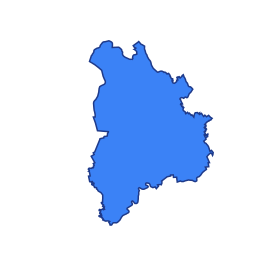 outline of Jamapa, Veracruz, Mexico, rotated 143°
{"feature_id": "50627088B37468936058188", "entity_name": "Jamapa", "entity_type": "district", "adm_level": 2, "iso_a3": "MEX", "parent_name": "Mexico", "parent_adm1": "Veracruz", "projection": "orthographic", "projection_center": [-96.25, 18.99], "detail": "fine", "context": "isolated", "style": "filled", "palette": "blue", "viewbox_px": 256, "rotation_deg": 143, "n_neighbors": 0, "source": "geoboundaries", "source_scale": "gbopen_adm2", "svg_char_len": 5656}
<svg xmlns="http://www.w3.org/2000/svg" viewBox="0 0 256 256"><g transform="rotate(143 128 128)"><path d="M107.4,210.7L108.4,210.5L109.7,209.2L110.3,208.9L112.2,208.3L112.8,207.9L113.7,207.8L118.7,204.3L116.4,198.5L115.1,193.7L114.3,189.9L116.7,184.3L117.6,180.8L117.8,179.4L118.5,178.2L119.7,177.3L120.7,177.2L124.1,177.9L125.7,178.0L127.4,176.8L129.7,174.3L133.1,171.6L136.7,170.1L138.1,170.0L139.7,169.4L140.7,168.4L143.6,163.8L144.3,162.6L145.1,160.6L146.1,158.6L147.5,156.6L149.1,157.6L150.9,151.8L154.0,144.2L145.9,136.9L146.5,136.3L147.6,136.0L149.3,134.1L151.0,134.8L151.6,135.3L152.1,135.5L152.9,135.2L153.3,134.7L156.8,136.3L157.9,135.5L169.0,128.9L170.7,129.1L171.0,127.2L174.4,127.6L175.4,120.2L177.1,120.5L177.4,118.6L178.6,118.4L178.7,117.7L179.6,117.1L179.9,117.2L180.4,117.9L181.3,117.6L183.2,119.3L184.1,119.2L184.5,118.9L184.2,117.9L184.5,117.3L185.5,117.2L185.1,116.6L187.0,112.5L188.5,113.3L190.9,108.2L190.1,107.4L190.0,107.0L189.3,107.1L188.7,106.8L188.7,106.6L189.5,106.3L189.5,106.1L188.8,105.1L189.0,105.1L188.7,104.5L188.7,103.9L189.4,103.6L189.8,103.7L189.6,105.0L190.1,105.4L190.7,105.2L191.0,104.6L190.3,103.1L190.0,101.4L190.5,100.8L190.3,100.3L189.2,99.5L189.1,99.0L189.8,98.2L189.5,97.4L189.7,95.7L189.3,94.5L188.5,92.8L188.5,89.8L190.6,86.9L191.6,85.8L193.3,83.6L193.6,83.8L193.8,84.4L194.1,84.5L194.3,84.4L194.5,83.4L194.2,81.9L193.8,81.6L193.8,81.0L195.0,81.0L195.5,80.6L194.3,79.2L194.8,78.8L195.2,79.0L195.8,78.7L195.5,77.8L195.6,77.2L196.9,77.6L197.0,78.6L198.8,78.8L199.6,80.0L200.2,80.0L200.7,79.5L200.7,79.1L199.8,78.3L200.5,77.4L200.9,77.1L201.5,77.3L201.9,77.0L202.0,76.6L201.9,76.2L201.1,75.7L201.4,74.8L202.2,74.9L202.4,74.6L202.2,74.2L201.7,73.9L201.9,73.5L202.5,73.5L202.8,74.2L203.7,75.3L204.2,75.2L204.2,74.7L203.7,73.6L202.8,72.7L203.0,71.7L202.9,71.6L202.5,71.5L202.6,70.1L203.3,70.0L203.5,69.8L203.3,69.5L202.7,69.2L202.8,68.5L202.6,68.2L201.7,66.9L200.9,66.6L200.0,65.9L199.3,65.1L198.9,64.4L200.7,64.1L200.1,64.1L200.2,61.9L200.7,61.6L200.7,61.3L199.5,60.4L197.5,61.1L196.9,61.1L196.5,61.0L194.2,59.2L193.0,59.0L190.0,59.3L186.8,60.7L184.9,61.2L182.6,60.8L181.1,60.4L180.3,60.4L178.7,60.1L178.1,60.2L177.4,60.8L177.2,61.7L177.6,63.8L177.2,64.3L176.7,64.5L171.5,64.0L170.7,64.2L170.2,64.7L169.7,66.8L169.1,67.2L168.3,67.0L168.0,66.2L167.9,63.6L166.8,62.7L165.5,62.5L164.5,63.1L162.5,65.2L160.7,67.5L159.6,68.3L159.0,69.0L157.9,70.5L156.7,71.1L156.3,72.9L155.9,73.5L155.2,73.6L154.7,73.4L153.6,70.8L152.8,70.0L152.0,69.5L148.6,68.7L147.4,68.8L147.1,69.2L147.1,70.1L147.4,70.7L148.1,71.6L147.8,72.4L147.3,73.0L146.9,73.1L146.4,73.0L145.8,72.6L144.5,71.1L144.4,69.8L145.1,68.1L145.1,67.5L144.0,65.4L141.8,64.6L141.9,62.5L138.7,63.2L138.6,64.8L137.7,64.4L136.4,63.4L135.4,63.2L135.4,62.8L134.4,63.3L132.8,65.2L132.9,65.4L126.1,65.5L122.8,64.0L122.3,64.8L120.1,63.3L121.4,61.2L118.8,59.4L121.2,55.2L118.0,54.1L117.5,53.1L116.2,52.0L114.1,51.4L110.8,50.0L110.2,49.3L108.2,47.5L107.9,47.1L107.7,46.4L106.7,44.8L106.2,44.6L105.0,44.4L104.4,44.9L103.4,46.6L102.5,46.9L102.1,46.9L100.7,46.4L100.1,46.4L98.4,46.6L95.4,47.6L92.0,47.8L90.3,47.7L90.0,48.3L89.8,50.2L86.8,48.5L84.9,52.0L83.8,51.3L82.3,57.6L80.4,58.1L78.8,58.3L76.8,58.2L76.6,56.8L77.0,55.2L76.4,55.5L74.4,57.5L74.7,57.4L74.8,59.9L76.5,60.1L74.9,64.8L74.8,66.4L75.0,67.9L74.9,68.4L75.0,68.9L75.6,70.0L75.4,71.9L72.3,72.1L72.0,73.6L69.6,73.2L69.4,74.4L68.3,74.4L67.9,75.2L71.6,75.3L71.3,76.7L69.7,76.7L69.5,78.6L69.4,79.0L68.3,78.6L67.7,78.9L68.1,79.3L67.9,79.5L67.4,79.7L66.0,79.8L65.9,80.1L66.1,81.1L66.7,81.2L66.9,82.4L66.2,82.7L65.0,82.3L64.9,83.2L64.0,83.3L64.1,84.2L64.5,84.6L63.1,85.0L61.6,85.1L61.0,85.4L59.1,84.9L59.0,85.2L58.8,85.3L58.1,84.9L56.7,84.6L56.6,84.8L55.0,85.1L55.7,86.9L56.0,89.6L58.5,89.7L58.9,92.0L60.6,91.6L60.7,92.5L60.5,95.5L62.5,95.8L61.6,97.0L63.2,97.1L63.2,98.5L65.1,99.7L66.8,99.0L68.9,97.1L69.0,100.1L69.9,100.1L70.0,102.9L70.9,102.9L71.0,104.7L73.3,104.6L73.3,105.0L72.6,106.2L73.3,108.7L72.7,110.0L71.2,110.8L71.9,111.7L71.2,112.2L72.0,113.0L71.0,114.0L71.9,114.7L72.0,115.0L71.2,115.6L70.4,115.0L70.1,115.4L69.9,115.1L69.5,117.4L69.0,119.0L69.2,119.4L69.1,119.9L68.5,120.3L67.1,120.2L65.9,119.0L65.8,118.3L65.6,118.2L63.9,118.3L63.5,118.1L63.0,117.4L62.8,116.8L62.1,116.6L61.3,116.9L58.9,118.3L58.1,118.6L56.5,118.7L52.9,120.0L53.0,121.8L53.3,123.2L54.3,124.2L54.5,125.3L53.6,128.0L53.7,129.9L53.4,131.2L52.9,132.2L52.5,134.1L52.6,134.6L51.8,137.3L53.2,137.3L53.3,136.8L56.2,136.6L56.2,137.9L57.0,137.7L57.1,138.7L58.5,139.0L59.3,136.4L60.4,136.9L60.8,136.1L61.3,135.8L63.3,135.7L64.2,135.9L65.0,137.1L64.5,139.1L63.6,138.6L63.2,139.7L62.7,140.2L62.8,140.6L63.6,140.9L63.3,143.8L63.0,143.8L62.8,145.4L62.7,145.4L62.6,145.9L62.8,146.1L62.7,147.2L64.2,147.6L64.3,147.9L64.2,148.1L64.5,148.3L64.4,148.9L64.5,149.7L65.0,150.5L65.8,150.7L65.8,151.3L66.7,153.0L68.0,153.9L70.5,154.5L70.8,154.8L71.0,155.4L71.8,159.7L71.9,161.0L71.4,164.1L70.2,166.8L69.9,167.9L69.9,168.8L70.0,170.3L69.6,173.2L68.9,175.2L68.9,176.4L68.7,177.3L67.8,179.4L67.3,181.2L65.5,183.4L66.6,186.1L67.2,187.0L67.2,187.5L67.4,190.6L68.5,190.5L74.3,190.6L74.4,188.6L73.7,187.1L75.6,187.1L75.3,186.8L75.5,186.1L75.2,185.3L75.1,183.8L76.2,182.1L76.7,182.0L76.7,181.7L77.2,181.8L79.5,182.9L80.7,182.6L81.9,181.6L82.1,180.9L82.3,180.6L83.2,180.2L83.4,180.5L84.9,181.5L85.4,182.0L87.6,186.0L88.2,187.7L88.3,189.1L87.9,190.5L86.9,191.5L86.6,192.0L86.7,192.6L86.5,193.3L86.0,194.2L86.1,195.8L86.6,197.7L86.9,198.2L92.1,201.8L90.5,203.6L89.4,205.2L89.4,206.5L90.4,208.6L90.9,209.2L94.0,210.5L96.0,211.6L97.3,211.5L100.2,210.7L100.8,210.4L101.4,209.7L102.1,209.6L103.2,209.7L104.8,210.4L107.4,210.7Z" fill="#3b82f6" stroke="#1e3a8a" stroke-width="1.5"/></g></svg>